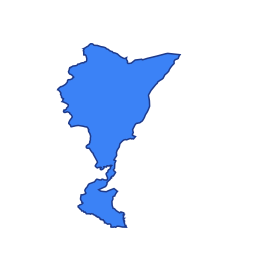 outline of Lampung Barat, Lampung, Indonesia, rotated 249°
{"feature_id": "22746128B74428971192525", "entity_name": "Lampung Barat", "entity_type": "district", "adm_level": 2, "iso_a3": "IDN", "parent_name": "Indonesia", "parent_adm1": "Lampung", "projection": "equal_earth", "projection_center": [104.16, -5.077], "detail": "fine", "context": "isolated", "style": "filled", "palette": "blue", "viewbox_px": 256, "rotation_deg": 249, "n_neighbors": 0, "source": "geoboundaries", "source_scale": "gbopen_adm2", "svg_char_len": 5590}
<svg xmlns="http://www.w3.org/2000/svg" viewBox="0 0 256 256"><g transform="rotate(249 128 128)"><path d="M91.4,80.6L90.9,79.2L90.3,78.5L89.7,77.3L89.8,71.8L89.4,70.8L87.6,68.7L86.6,66.7L86.1,66.3L85.7,65.7L85.0,65.3L83.3,65.2L82.4,65.4L82.0,65.1L81.8,63.8L81.9,61.6L82.4,60.3L79.4,58.5L78.6,58.2L78.0,58.1L76.2,58.5L75.7,58.5L75.3,58.2L75.0,58.3L74.5,58.9L74.1,59.0L73.9,58.8L73.5,57.4L73.4,56.4L73.5,55.4L73.2,54.7L73.0,53.4L71.8,53.2L70.7,53.9L69.9,54.0L68.7,54.9L67.2,55.0L66.5,56.5L65.2,56.7L64.7,58.0L62.8,58.4L61.7,61.4L61.1,61.9L61.3,62.3L61.0,62.7L61.1,63.2L61.0,63.5L60.0,64.7L59.5,64.7L58.8,65.6L57.9,66.1L57.8,66.5L57.5,66.4L56.7,66.8L56.7,67.2L55.7,67.6L55.6,68.2L55.3,68.7L54.7,68.8L54.2,69.3L53.9,69.3L53.6,69.6L53.0,69.6L52.8,69.4L52.3,69.7L52.3,70.3L51.7,70.6L51.4,71.7L51.1,72.0L50.3,71.8L49.3,72.7L47.9,72.1L47.5,73.0L45.5,74.6L45.3,75.2L45.4,75.8L44.9,76.6L44.2,77.2L42.8,77.2L42.3,76.7L41.6,76.6L40.7,78.7L40.5,80.1L39.8,80.8L39.8,81.4L40.2,82.4L40.0,83.2L39.4,84.5L37.6,87.2L36.0,91.0L37.3,90.9L37.5,90.5L37.8,90.9L37.9,90.7L38.4,90.4L39.0,90.4L40.3,90.6L40.5,90.5L40.9,90.7L41.2,90.6L41.4,90.8L41.6,90.6L41.9,90.7L42.0,91.0L42.3,90.8L42.7,91.2L42.8,90.9L43.2,90.8L43.4,91.0L44.1,91.0L44.3,91.4L44.6,91.2L44.8,91.7L44.9,91.2L45.8,91.3L46.0,91.8L46.4,92.0L47.1,92.0L47.7,92.4L48.0,93.0L48.4,93.0L48.6,92.7L48.9,93.7L49.4,93.3L50.3,93.6L51.4,92.3L51.4,91.8L52.0,91.6L52.2,91.2L52.1,90.6L51.7,90.0L52.0,89.6L55.2,87.3L56.9,86.7L58.0,86.0L58.3,85.3L61.5,85.5L65.3,86.7L67.1,88.5L68.9,89.0L69.4,89.7L69.4,90.3L69.3,91.3L70.0,91.8L71.0,92.9L71.8,94.0L72.7,95.5L73.3,94.9L74.6,94.4L76.5,93.2L76.5,87.1L76.3,85.3L76.4,84.7L77.9,81.6L78.9,79.8L80.9,78.5L81.4,86.1L82.7,87.9L84.4,88.9L84.8,88.9L85.1,89.9L85.6,90.7L86.2,92.4L87.0,93.6L87.3,94.7L87.8,94.3L88.3,94.8L88.7,95.9L88.7,96.3L88.4,96.8L88.8,97.6L89.5,98.6L91.0,100.5L92.2,100.1L92.8,99.6L94.1,99.4L94.4,99.5L94.8,100.4L95.2,101.0L99.9,103.1L101.7,104.9L102.1,104.8L102.5,104.3L103.0,103.4L103.4,103.5L106.3,107.5L109.5,108.5L109.9,109.0L110.8,109.5L113.4,113.0L115.9,114.6L116.4,115.1L117.5,117.3L118.1,118.9L118.3,119.8L118.2,121.3L117.6,122.1L117.4,123.4L117.5,124.2L117.4,126.3L117.1,126.8L116.5,127.5L116.4,128.3L115.8,129.2L117.3,131.9L118.7,130.3L119.6,129.6L119.9,129.9L120.5,129.8L121.3,130.5L121.5,131.0L122.1,131.4L123.4,131.4L124.5,131.8L124.8,131.7L128.6,135.9L129.3,137.5L129.9,137.5L129.4,137.6L129.2,137.9L129.0,138.6L129.0,139.3L128.7,140.7L128.8,141.5L129.1,142.1L129.1,142.6L129.4,143.7L130.3,145.1L132.0,147.1L134.0,148.9L136.2,151.8L137.9,153.6L140.6,156.0L145.9,157.8L150.7,158.7L151.5,159.0L154.8,162.9L158.6,169.5L159.3,171.3L160.1,172.0L160.4,172.6L161.1,175.3L161.3,176.9L161.8,178.5L164.2,181.2L164.6,181.8L165.1,183.6L166.4,186.3L167.9,187.7L169.1,189.3L170.6,191.8L171.6,194.0L172.0,194.3L173.6,194.8L174.0,195.1L174.7,196.1L174.9,196.9L174.8,198.8L175.0,199.8L176.6,201.2L177.8,202.8L183.4,191.9L183.8,190.0L184.8,180.8L186.1,170.8L186.4,166.1L187.0,165.4L187.3,165.4L188.9,159.0L187.4,154.3L187.9,151.9L188.4,151.1L188.2,150.5L188.5,150.9L189.2,150.8L189.8,151.3L191.1,151.4L192.2,151.1L193.1,151.2L194.2,151.9L194.0,150.1L194.2,149.5L194.5,149.0L196.7,147.0L198.2,146.0L201.0,144.6L202.8,142.6L203.6,141.2L205.1,140.6L205.6,139.7L206.9,138.5L208.4,137.8L209.8,136.2L210.8,135.9L211.2,135.5L212.2,134.3L213.7,131.8L216.1,128.9L217.2,126.3L217.5,125.9L218.5,125.5L219.3,124.9L220.0,123.5L219.8,122.3L218.6,119.7L218.6,118.7L218.2,117.0L218.0,114.9L217.7,115.3L217.2,115.2L216.1,113.9L214.9,114.1L214.0,113.5L212.9,113.3L212.2,112.9L211.9,113.0L211.6,114.3L211.1,114.6L210.4,114.7L207.6,114.4L206.2,113.8L205.1,113.0L205.0,112.3L205.2,111.0L204.7,110.1L205.3,108.7L205.4,106.9L205.2,105.6L205.6,104.0L205.0,103.2L204.8,102.3L205.1,100.6L205.6,98.8L205.3,97.4L205.4,96.7L204.9,96.1L205.2,95.3L204.2,94.4L203.0,93.7L202.1,92.7L200.9,92.5L199.3,92.9L197.9,94.4L195.3,95.5L195.0,95.6L194.7,95.4L194.6,95.2L194.6,94.2L194.0,93.7L193.9,92.8L193.9,91.3L194.5,89.5L194.1,88.7L192.9,88.0L192.3,87.5L191.8,86.3L191.2,85.5L190.6,82.6L190.5,80.6L190.7,80.2L190.4,79.0L190.3,78.4L189.7,77.4L189.5,76.6L188.9,76.0L188.3,76.8L185.9,77.7L185.4,77.6L184.6,77.9L183.8,77.1L181.3,77.3L180.6,76.9L179.5,77.3L178.5,78.3L178.1,78.1L177.6,77.1L176.8,76.9L176.3,75.9L175.9,76.5L175.0,77.5L174.7,77.7L173.2,79.2L171.2,80.6L170.6,80.4L169.4,79.6L168.7,77.9L167.9,77.4L167.6,76.9L167.4,75.5L167.7,74.7L167.3,74.5L167.0,74.0L166.8,74.0L166.4,73.7L165.9,74.0L165.5,73.9L165.4,74.0L164.9,75.5L165.0,77.0L163.7,78.5L163.0,79.0L162.3,78.8L160.7,79.7L158.7,80.0L158.3,79.9L157.9,79.5L156.0,76.5L154.4,74.8L153.8,74.5L153.4,74.3L151.1,75.3L149.7,75.2L149.4,75.7L148.8,80.1L148.2,82.5L145.9,86.5L144.3,88.7L143.8,89.9L141.9,90.7L140.9,90.5L140.5,90.8L140.2,90.7L139.8,90.2L138.8,90.0L136.5,90.4L133.8,90.2L132.0,89.2L130.3,88.6L128.9,87.4L128.5,87.5L127.8,86.7L127.1,86.3L126.8,85.2L126.8,84.6L126.1,82.7L125.5,82.3L124.7,82.1L124.1,82.3L123.6,83.0L122.8,84.7L120.4,85.1L117.6,85.9L117.3,86.2L116.7,86.5L116.1,86.2L108.0,87.3L106.9,87.2L104.6,84.0L103.9,83.8L102.1,84.7L101.7,85.1L101.8,85.4L101.6,86.9L101.3,87.6L101.1,88.6L100.6,88.8L100.1,87.6L99.2,87.4L98.6,88.0L98.5,89.5L99.4,91.4L100.5,91.6L100.4,92.1L99.3,93.8L99.5,94.3L100.1,94.6L100.2,95.0L100.0,95.6L99.5,96.1L99.4,96.8L99.2,97.2L99.5,97.7L99.4,98.2L99.1,99.0L98.9,99.3L98.7,98.8L98.3,98.5L98.3,98.3L97.6,97.5L96.9,97.2L96.5,96.8L96.1,96.2L95.9,94.8L95.4,94.1L94.2,93.4L93.8,92.0L93.3,91.3L92.5,91.0L88.9,91.1L87.3,90.3L87.1,89.3L88.2,87.0L89.2,86.2L89.5,85.6L89.5,85.0L89.1,84.7L89.5,83.2L91.4,80.6Z" fill="#3b82f6" stroke="#1e3a8a" stroke-width="1.5"/></g></svg>